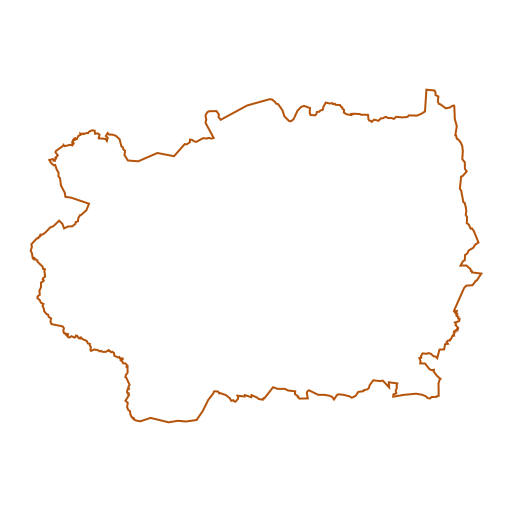 outline of San Miguel el Alto, Jalisco, Mexico
{"feature_id": "50627088B47757986918048", "entity_name": "San Miguel el Alto", "entity_type": "district", "adm_level": 2, "iso_a3": "MEX", "parent_name": "Mexico", "parent_adm1": "Jalisco", "projection": "orthographic", "projection_center": [-102.412, 20.993], "detail": "fine", "context": "isolated", "style": "outline", "palette": "amber", "viewbox_px": 512, "rotation_deg": 0, "n_neighbors": 0, "source": "geoboundaries", "source_scale": "gbopen_adm2", "svg_char_len": 5978}
<svg xmlns="http://www.w3.org/2000/svg" viewBox="0 0 512 512"><path d="M440.5,378.9L437.0,375.9L433.6,371.5L433.9,369.8L431.4,370.1L429.5,369.2L425.0,363.5L420.2,363.4L420.6,361.7L419.4,358.0L421.2,357.8L421.0,356.1L422.6,353.4L426.6,353.8L428.2,353.1L430.8,353.7L433.4,356.2L435.6,356.6L437.2,358.2L439.5,349.6L444.1,349.4L445.1,344.2L447.9,343.8L446.6,342.0L447.8,340.7L450.0,340.4L449.9,339.6L451.0,339.0L452.3,336.1L454.0,335.7L453.4,334.6L454.1,334.3L454.4,332.6L455.1,332.5L453.9,332.1L454.3,331.3L455.4,331.5L455.4,330.6L456.9,330.5L456.4,329.8L457.1,328.9L458.0,329.0L458.2,327.9L455.5,325.0L456.0,323.8L454.9,322.5L459.2,321.1L459.6,318.8L458.1,318.4L458.3,316.7L456.8,316.0L456.1,316.6L457.3,314.1L456.5,313.5L456.8,310.9L454.7,311.2L454.8,312.2L453.9,311.0L464.1,288.0L466.3,285.7L472.5,285.2L475.9,280.7L476.8,280.5L481.3,273.6L472.0,272.4L471.9,271.2L470.8,270.9L470.6,269.2L466.4,265.5L460.5,265.6L463.0,261.2L464.8,260.2L465.0,255.1L467.3,253.4L468.7,250.5L473.2,247.8L475.4,244.5L478.5,242.5L473.8,231.0L471.9,228.4L470.6,228.6L468.8,224.5L466.8,223.2L467.1,217.1L465.7,214.9L466.3,211.3L465.9,207.8L464.7,202.9L463.4,202.3L461.2,190.7L459.9,188.8L461.1,176.6L462.7,176.0L466.7,171.4L464.9,168.8L464.8,162.2L462.3,159.3L462.8,151.0L462.3,146.3L460.7,142.5L458.3,139.5L456.8,138.7L456.1,135.4L455.3,135.3L456.8,126.3L454.8,118.9L454.3,106.2L453.9,105.5L452.4,105.9L449.6,107.6L445.7,108.3L440.4,104.3L439.0,104.0L437.8,101.5L438.4,96.5L435.5,95.1L435.6,92.9L434.6,90.5L426.4,89.7L425.0,111.5L420.9,114.0L417.0,115.6L408.7,115.4L407.9,116.6L406.3,117.1L402.0,117.4L396.2,116.8L393.9,118.9L391.5,118.0L388.2,118.1L385.9,116.8L382.4,118.4L380.9,118.3L378.5,120.8L374.1,119.6L371.7,121.9L370.8,120.8L369.3,120.6L368.5,119.5L368.0,114.8L360.7,114.7L359.8,114.0L353.2,113.7L352.9,114.4L351.2,113.9L351.1,115.0L346.7,114.3L343.9,112.6L344.0,109.8L342.4,108.7L342.3,107.4L341.3,107.0L340.1,105.1L335.5,104.8L334.9,103.8L333.0,104.1L332.4,103.2L329.8,103.5L325.8,102.6L323.5,106.6L322.7,109.9L320.3,110.4L319.4,111.7L316.9,112.0L316.3,114.1L315.2,115.3L310.5,115.0L309.7,112.7L310.0,108.0L304.0,105.9L301.0,107.0L297.5,110.7L293.6,119.2L290.8,121.3L289.1,121.0L284.4,116.4L282.5,110.4L278.2,104.2L276.1,103.6L275.2,102.1L272.0,99.5L269.6,99.2L247.1,105.5L220.7,119.8L218.5,117.0L218.9,114.5L216.5,111.1L209.4,111.2L207.5,112.0L205.8,114.8L205.5,115.8L206.3,119.6L205.5,122.8L213.7,138.0L211.5,138.6L208.7,137.9L206.9,138.5L203.0,138.2L196.4,141.8L194.2,141.5L192.2,139.9L190.0,139.6L189.9,142.2L186.5,144.4L184.7,144.1L174.0,156.2L157.4,153.0L138.2,161.3L127.9,160.5L124.5,155.1L125.1,150.9L123.3,149.2L122.7,147.1L121.4,146.3L119.6,139.3L116.0,135.9L112.3,134.6L109.2,134.6L107.6,133.0L105.9,136.0L107.7,137.9L106.9,140.9L105.5,138.9L98.7,138.3L99.5,134.6L97.7,133.4L95.1,133.8L94.6,130.6L91.7,130.4L89.1,131.7L88.0,133.2L86.7,133.0L83.4,134.1L82.9,133.5L81.5,134.1L80.3,133.5L80.5,134.9L78.4,135.8L76.8,139.0L74.7,139.9L74.9,138.3L74.4,138.4L73.2,139.8L72.1,142.5L72.5,143.5L73.4,142.8L73.7,143.3L72.4,145.4L70.0,144.8L64.8,146.2L63.5,144.9L63.2,145.8L55.9,151.0L55.5,152.3L57.8,155.5L55.5,157.6L56.1,158.2L55.5,159.3L54.4,159.6L54.8,160.7L53.5,160.6L53.6,159.7L52.8,159.1L49.3,160.0L51.1,163.0L53.8,165.3L55.2,165.0L56.9,170.1L58.5,172.3L58.5,176.4L60.0,178.2L61.0,185.6L64.8,192.8L65.4,196.9L70.5,197.5L89.0,203.7L86.4,210.2L81.0,215.1L80.1,215.1L78.4,217.8L77.9,221.3L75.7,222.1L75.4,223.8L72.4,226.3L68.0,226.5L64.1,228.4L62.3,223.7L59.1,220.7L53.4,226.2L50.3,227.4L45.2,232.7L42.5,234.6L40.5,234.6L40.0,235.2L40.4,236.1L38.3,237.4L38.3,238.2L36.6,238.6L31.4,244.3L31.9,247.0L30.7,250.8L31.8,252.8L32.8,258.4L33.5,259.0L33.5,258.1L34.2,257.8L35.3,259.3L37.3,260.3L37.3,261.5L42.5,266.6L43.2,269.0L44.9,269.2L44.4,270.9L45.1,276.5L43.0,278.3L42.7,279.4L43.8,280.3L43.3,281.3L41.0,282.6L41.0,287.2L39.4,290.7L39.8,294.8L37.6,296.4L37.3,298.0L39.7,300.1L40.9,302.7L43.5,304.0L42.5,306.0L43.9,308.9L44.2,311.3L46.6,314.1L48.1,314.7L48.7,317.0L51.0,318.3L50.5,321.8L51.5,324.1L62.6,326.4L63.9,328.2L63.3,330.8L64.0,333.1L68.1,334.2L67.9,335.0L65.6,334.3L68.3,337.2L69.4,337.5L71.4,336.2L74.6,337.6L75.4,337.2L75.9,335.6L77.2,335.8L78.8,338.3L80.2,338.5L80.5,337.4L81.0,337.4L82.2,338.9L86.7,340.9L87.8,343.4L89.8,343.9L89.8,345.3L90.8,347.0L90.5,349.9L91.1,350.9L94.2,349.5L97.7,350.1L99.8,351.4L101.1,350.9L102.7,351.9L105.8,351.9L108.7,350.1L109.1,351.1L110.3,351.2L111.0,352.2L112.3,351.8L114.0,353.0L114.3,355.8L118.2,357.4L119.3,357.1L119.7,358.2L122.7,358.5L122.7,359.1L120.7,359.0L120.6,360.3L122.3,361.4L123.0,363.2L125.6,363.6L127.6,366.0L126.6,366.9L127.5,367.4L127.6,372.7L125.9,374.9L125.4,377.1L126.3,377.7L129.6,384.9L128.4,386.8L128.9,388.9L127.8,388.9L127.1,391.5L127.1,392.5L128.7,393.3L128.2,394.5L129.0,395.1L125.5,400.7L127.8,402.9L127.1,406.9L128.1,409.7L130.1,411.4L130.3,414.0L131.6,417.0L133.6,418.0L133.0,418.6L135.6,420.4L140.3,421.3L150.6,417.9L168.6,422.3L177.7,420.8L185.8,421.5L196.6,420.0L202.8,410.9L208.2,400.0L213.5,393.1L213.9,391.6L214.8,391.2L218.1,391.6L219.2,393.4L220.0,393.0L225.9,395.1L229.8,398.2L231.3,400.8L233.3,400.2L233.9,401.2L235.4,401.7L238.0,398.8L238.2,397.1L237.5,395.7L244.6,396.5L244.8,395.1L251.3,397.2L251.6,395.1L257.0,397.5L258.7,399.0L262.8,399.7L263.0,398.7L264.0,398.0L264.4,398.3L273.1,387.2L277.7,388.9L284.9,388.9L288.1,390.5L295.2,391.3L294.9,394.0L298.2,396.5L297.9,397.1L299.4,398.6L307.8,398.4L306.8,392.9L307.5,391.3L309.0,390.3L318.1,394.8L325.1,394.9L329.6,395.8L332.2,397.0L334.0,399.5L337.0,395.0L338.5,394.3L343.4,394.8L349.4,396.3L351.7,397.7L352.6,397.4L355.7,395.8L358.3,391.9L363.4,391.2L363.6,390.3L367.4,389.3L368.9,388.0L369.7,385.1L373.3,380.3L380.0,381.1L382.8,380.6L389.1,387.4L388.8,382.3L397.3,383.4L396.6,385.5L396.9,387.6L395.7,390.7L396.3,393.3L393.4,394.4L393.2,396.7L403.5,394.9L416.2,393.7L421.8,394.7L425.5,396.1L427.6,398.0L429.9,398.5L431.7,397.0L436.6,396.9L437.4,395.9L438.7,395.8L438.5,383.5L439.6,379.7L440.5,378.9Z" fill="none" stroke="#b45309" stroke-width="2"/></svg>